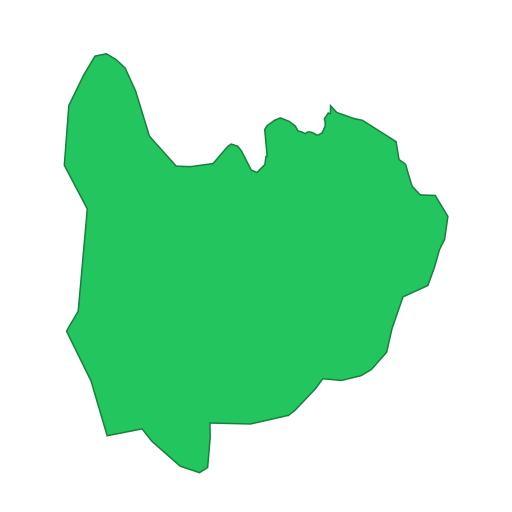 Ijebu North East, Ogun, Nigeria (Equal Earth projection), rotated 176°
{"feature_id": "59680162B36139632039116", "entity_name": "Ijebu North East", "entity_type": "district", "adm_level": 2, "iso_a3": "NGA", "parent_name": "Nigeria", "parent_adm1": "Ogun", "projection": "equal_earth", "projection_center": [3.998, 6.879], "detail": "fine", "context": "isolated", "style": "filled", "palette": "green", "viewbox_px": 512, "rotation_deg": 176, "n_neighbors": 0, "source": "geoboundaries", "source_scale": "gbopen_adm2", "svg_char_len": 1746}
<svg xmlns="http://www.w3.org/2000/svg" viewBox="0 0 512 512"><g transform="rotate(176 256 256)"><path d="M450.2,194.1L429.3,142.9L417.0,87.1L381.7,91.5L372.7,78.3L346.3,51.6L327.5,43.8L319.0,48.4L314.4,78.0L313.6,92.6L273.1,88.8L235.5,94.7L235.1,94.5L227.8,99.4L205.8,119.6L197.9,128.9L179.5,125.9L159.5,129.3L148.6,134.9L132.4,150.9L125.3,174.3L112.2,205.0L86.6,214.6L78.9,231.9L72.5,249.6L66.7,259.5L61.8,282.1L73.0,303.9L87.9,305.5L95.4,314.7L98.1,326.1L100.4,337.0L106.6,342.3L108.3,360.3L140.3,383.9L148.7,386.3L165.4,393.5L171.2,400.7L171.3,398.6L171.5,396.6L171.7,394.2L171.9,392.8L173.4,393.2L173.9,393.5L174.0,393.6L174.2,393.3L174.5,392.8L175.0,392.1L175.5,391.6L175.8,391.2L176.1,390.8L176.3,390.5L176.5,390.1L177.1,389.6L177.6,389.0L178.1,388.5L178.1,388.0L178.1,387.2L178.0,386.5L177.8,385.6L177.8,384.8L177.7,384.0L177.7,383.3L177.8,382.4L177.9,381.7L177.9,381.1L178.1,380.6L178.6,379.8L179.0,378.7L179.5,377.7L180.1,376.7L180.6,375.8L181.1,375.2L181.3,374.9L181.3,374.5L181.2,374.2L183.2,373.4L184.3,372.8L185.5,372.4L186.0,372.2L187.0,372.4L187.9,373.2L189.1,374.0L189.4,374.2L190.5,374.8L191.9,375.5L193.2,375.8L194.4,376.2L195.3,376.1L196.6,375.8L197.3,375.2L198.0,374.5L198.8,374.9L201.0,376.1L202.4,376.9L204.8,377.5L205.7,378.4L206.8,380.9L207.8,382.9L208.7,383.9L209.8,384.7L211.7,386.3L213.5,388.0L222.1,392.1L228.4,389.9L236.2,384.9L238.5,381.5L237.9,354.9L239.1,354.6L240.8,346.6L249.2,339.3L254.8,342.1L263.2,361.9L266.7,366.9L273.0,369.4L276.6,367.2L292.4,351.2L315.2,349.7L329.3,351.2L353.9,382.8L364.6,429.0L373.4,452.6L381.8,461.6L391.1,468.2L402.7,466.6L415.0,449.0L432.2,419.2L440.9,359.9L421.0,314.7L437.2,213.4L443.0,204.9L447.3,198.8L450.2,194.1Z" fill="#22c55e" stroke="#15803d" stroke-width="1.5"/></g></svg>